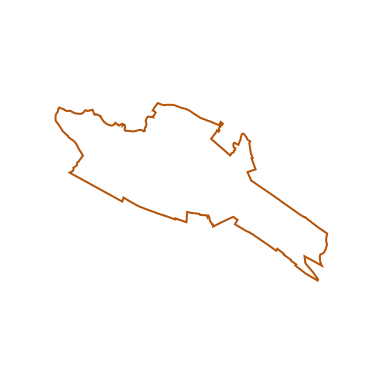 the district of Urecheni, Neamt, Romania, rotated 60°
{"feature_id": "2599482B48962297444856", "entity_name": "Urecheni", "entity_type": "district", "adm_level": 2, "iso_a3": "ROU", "parent_name": "Romania", "parent_adm1": "Neamt", "projection": "robinson", "projection_center": [26.516, 47.174], "detail": "fine", "context": "isolated", "style": "outline", "palette": "amber", "viewbox_px": 384, "rotation_deg": 60, "n_neighbors": 0, "source": "geoboundaries", "source_scale": "gbopen_adm2", "svg_char_len": 5863}
<svg xmlns="http://www.w3.org/2000/svg" viewBox="0 0 384 384"><g transform="rotate(60 192 192)"><path d="M331.3,127.3L330.8,126.5L321.7,127.4L311.7,129.2L310.3,129.4L303.9,126.7L311.3,122.1L320.8,116.4L316.7,115.9L314.3,114.9L312.0,113.7L310.2,112.0L310.7,109.3L310.4,107.9L308.3,104.7L304.8,101.2L302.2,100.6L299.6,99.2L296.1,96.2L295.6,95.7L285.1,100.7L279.3,103.1L275.9,104.4L274.5,105.1L270.3,106.7L270.1,106.8L270.1,107.2L268.6,108.1L265.3,109.9L244.5,119.5L242.6,120.3L236.1,123.3L211.3,135.2L211.1,135.0L210.9,134.9L202.5,134.0L204.2,125.6L192.7,123.6L193.0,122.5L188.3,121.7L186.6,121.2L180.6,118.8L178.5,118.1L177.3,116.2L176.8,116.4L176.4,116.7L175.8,117.1L175.0,117.4L174.5,117.7L173.8,117.7L172.9,117.6L171.9,117.5L170.8,117.7L169.8,117.8L169.0,117.9L168.1,117.9L167.9,118.0L167.3,118.3L167.1,118.6L166.8,119.3L166.7,119.5L166.8,119.8L167.1,120.3L167.8,120.9L168.9,122.1L171.0,124.0L174.4,128.3L172.5,129.5L172.0,129.8L171.1,130.1L170.8,130.5L170.6,130.8L170.5,131.1L170.9,131.8L171.7,132.6L173.1,133.1L174.2,133.5L175.2,133.0L175.7,133.1L175.9,132.7L177.1,133.7L177.1,134.3L177.1,135.0L177.3,135.2L178.2,135.7L178.4,136.1L178.4,137.4L178.3,138.1L178.3,138.7L178.4,139.1L178.9,139.6L179.5,140.6L179.4,140.7L179.3,140.8L175.1,142.1L168.8,144.3L157.7,148.1L155.5,148.9L153.2,143.3L152.2,141.2L151.7,140.2L151.2,139.5L153.1,138.9L152.3,137.3L151.2,137.7L148.9,134.7L149.5,134.5L148.0,132.4L148.8,132.1L148.1,131.1L145.7,132.1L147.9,135.1L146.6,135.9L143.6,138.3L141.0,140.2L139.8,141.1L138.3,142.5L138.0,142.9L137.0,143.5L136.4,144.1L135.4,144.8L134.1,146.0L131.8,147.8L130.4,148.5L129.9,148.7L129.5,148.9L125.6,150.9L125.1,151.3L122.1,152.6L120.7,153.4L119.7,153.8L119.2,154.2L118.0,155.2L117.6,155.3L116.9,155.9L116.4,156.5L115.4,157.4L113.3,159.6L111.4,161.1L110.3,161.9L110.2,162.2L110.0,162.3L109.6,162.5L107.1,164.7L107.0,164.9L105.4,167.7L104.0,170.0L103.8,170.5L102.8,172.7L102.5,173.2L102.1,173.6L101.0,174.7L97.9,177.2L100.6,183.4L100.8,183.6L101.8,185.3L102.6,184.5L105.1,183.8L107.1,187.4L107.0,187.5L106.9,187.9L107.0,188.3L107.2,188.6L107.4,188.6L107.0,188.9L106.7,189.5L106.4,190.0L106.3,190.6L105.2,191.5L104.6,192.9L106.5,195.8L106.7,196.0L107.2,196.2L107.5,196.7L107.9,196.6L109.9,197.3L110.8,197.7L111.1,198.2L112.2,198.9L112.9,200.7L113.8,201.5L114.8,201.9L115.5,202.4L115.4,203.5L114.9,203.7L114.5,203.8L114.1,204.1L113.5,204.5L112.5,205.4L112.1,206.1L112.0,206.5L111.8,207.0L111.6,207.7L111.3,208.8L111.2,209.7L110.9,210.2L110.2,212.7L109.4,213.8L108.9,214.4L108.0,215.4L107.7,216.0L106.9,217.1L105.7,219.1L104.6,219.3L104.1,218.7L103.7,218.7L102.6,218.0L102.2,217.4L101.2,217.2L100.6,217.0L100.3,216.8L100.1,216.9L100.0,217.2L99.4,217.5L99.6,218.0L99.6,218.3L99.7,218.7L98.7,217.8L98.3,218.1L97.9,218.7L98.0,220.1L98.2,221.4L98.2,221.7L97.7,222.1L97.1,222.1L96.6,222.2L96.2,222.8L96.2,223.0L95.7,223.0L95.2,223.1L94.6,223.6L93.7,223.9L94.2,224.7L94.5,225.5L94.6,226.1L94.8,226.5L94.7,226.9L94.6,227.1L94.4,227.6L94.3,228.1L93.8,229.0L93.1,229.8L91.6,231.0L91.2,231.3L90.6,231.7L88.9,232.5L87.6,232.9L87.3,233.2L86.2,233.2L85.0,233.4L84.7,233.5L84.3,233.5L83.9,233.5L83.1,233.4L82.4,233.6L80.8,233.2L80.5,233.3L80.3,233.5L80.4,233.9L80.3,234.0L79.9,234.0L79.2,234.1L78.7,234.5L78.4,234.8L77.8,235.2L77.7,235.4L77.6,235.7L76.7,236.2L76.6,236.5L76.3,236.8L76.2,236.9L76.3,237.3L76.5,237.5L76.3,237.7L76.1,237.9L75.3,237.6L73.9,237.5L71.9,237.1L71.1,237.0L70.9,237.1L70.8,238.3L70.6,238.8L70.4,239.4L70.1,240.2L70.0,240.8L69.7,241.6L69.4,242.2L69.1,242.5L68.5,242.8L67.8,243.6L68.5,245.4L68.9,246.4L69.0,248.2L69.0,248.7L68.6,249.1L68.3,250.0L67.6,251.1L66.3,252.6L65.3,254.0L63.5,255.2L62.4,255.9L61.9,256.2L61.4,256.4L60.9,256.8L60.5,257.5L59.7,258.9L59.3,259.9L59.0,260.2L58.2,260.6L57.5,261.1L57.2,261.4L56.4,261.6L55.8,261.9L55.1,262.5L55.0,262.8L54.0,263.8L52.6,264.5L52.5,265.0L53.2,266.1L53.2,266.3L55.5,268.2L55.6,268.5L55.7,268.9L56.1,269.5L56.3,270.0L56.6,270.8L57.8,272.0L59.3,273.0L60.8,273.8L61.9,274.3L62.4,274.4L63.2,274.4L63.7,274.2L64.4,274.1L65.1,274.1L67.1,273.8L68.0,273.8L69.1,273.7L69.4,273.7L73.4,273.5L75.2,273.5L76.1,273.1L77.0,272.8L78.6,272.4L79.5,272.1L80.0,271.8L80.6,271.8L81.2,271.6L81.3,271.6L81.7,271.4L81.9,271.5L82.1,271.4L82.3,271.4L82.6,271.5L83.1,271.4L83.4,271.2L84.6,270.8L85.9,270.3L86.7,269.8L87.4,269.4L88.5,269.0L89.7,268.6L91.2,268.3L93.2,268.2L95.7,268.3L96.5,268.5L99.1,268.5L101.0,268.4L101.3,268.3L102.9,268.3L105.9,268.2L106.2,268.7L107.1,271.1L107.8,272.4L108.0,272.8L108.1,273.1L108.1,273.3L108.3,273.8L108.7,274.5L109.0,274.8L108.9,275.8L109.0,276.0L109.0,276.5L109.3,276.9L109.8,277.4L110.8,278.0L111.3,278.2L111.5,279.3L111.6,280.7L111.8,281.9L111.6,282.5L112.8,283.1L114.0,284.2L114.2,284.5L114.1,286.4L114.1,288.3L165.4,257.2L162.6,254.1L170.8,249.5L171.9,248.8L177.3,245.6L178.9,244.4L187.2,237.6L188.0,236.9L192.4,233.1L192.5,233.2L198.7,227.8L198.5,227.7L207.5,220.2L206.5,219.6L215.4,211.9L206.9,206.2L207.5,205.6L209.1,203.8L212.0,200.1L212.6,199.1L214.0,197.5L214.2,197.1L214.3,196.8L214.4,196.6L215.7,196.5L215.9,196.3L216.2,196.0L216.9,194.8L217.7,193.9L218.4,192.7L218.7,192.0L219.3,191.4L219.5,191.3L220.0,191.2L221.5,191.2L220.7,190.5L220.5,190.2L220.3,189.9L220.5,189.6L220.8,189.5L221.7,189.6L222.1,189.7L222.6,189.7L223.4,189.9L224.2,190.3L225.7,190.8L226.2,190.9L228.8,190.6L229.3,190.6L230.0,190.8L230.0,190.6L230.5,190.1L231.4,190.3L232.6,190.9L232.6,188.3L232.9,183.6L233.5,175.1L234.1,168.7L238.9,166.5L240.7,169.7L241.4,170.9L243.4,169.9L245.4,168.7L248.8,166.8L250.1,166.0L251.8,165.2L253.0,164.4L255.4,162.7L255.8,162.3L256.4,161.9L256.6,161.9L256.8,162.0L258.8,160.7L259.8,160.2L262.1,159.2L266.2,157.2L278.9,151.2L281.5,150.0L284.9,148.5L283.8,146.5L290.6,143.7L290.8,144.0L292.3,143.3L292.6,143.7L300.3,140.2L300.8,140.7L306.9,137.9L307.1,138.3L307.3,139.3L319.4,134.4L331.5,127.5L331.3,127.3Z" fill="none" stroke="#b45309" stroke-width="2"/></g></svg>